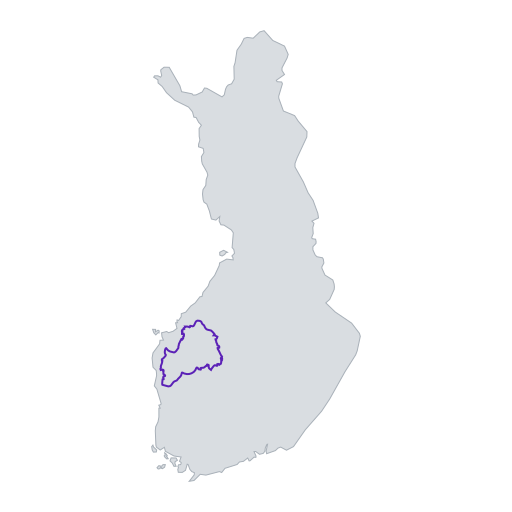 Southern Ostrobothnia on a map of Finland (orthographic projection)
{"feature_id": "FIN-3183", "entity_name": "Southern Ostrobothnia", "entity_type": "Province", "adm_level": 1, "iso_a3": "FIN", "parent_name": "Finland", "parent_adm1": "", "projection": "orthographic", "projection_center": [23.15, 62.738], "detail": "fine", "context": "in_parent", "style": "outline", "palette": "violet", "viewbox_px": 512, "rotation_deg": 0, "n_neighbors": 0, "source": "natural_earth", "source_scale": "10m", "svg_char_len": 7274}
<svg xmlns="http://www.w3.org/2000/svg" viewBox="0 0 512 512"><path d="M211.4,219.0L209.4,211.0L206.8,204.1L204.0,202.2L203.1,199.6L202.5,194.0L203.0,189.6L205.8,185.4L206.2,179.6L207.8,175.1L207.0,172.2L202.3,163.9L201.7,161.2L201.4,156.6L203.9,152.5L203.2,148.4L198.5,146.8L198.6,144.2L199.9,140.0L199.2,136.4L199.1,128.6L201.4,125.2L198.7,122.4L196.1,117.5L193.9,117.2L192.5,111.9L188.6,107.1L174.8,100.3L166.5,92.7L162.2,86.5L158.1,83.0L157.9,79.8L153.7,77.2L154.6,75.8L157.9,75.8L160.6,77.2L161.7,75.5L160.7,70.9L160.9,69.7L164.1,67.2L169.2,67.3L179.9,85.8L181.6,91.7L192.1,93.8L193.2,95.1L196.1,94.9L202.2,92.0L204.5,88.0L206.8,88.3L222.0,96.9L224.3,94.8L225.5,89.3L226.6,86.8L228.2,85.0L231.6,83.8L234.2,79.2L233.9,66.4L235.1,62.7L237.0,50.2L241.2,44.3L244.1,38.4L247.3,37.4L253.2,38.2L259.8,31.9L264.1,30.7L272.8,40.5L284.5,46.1L288.2,54.4L287.1,58.0L282.0,67.9L282.0,70.5L284.5,74.5L276.3,80.3L277.1,81.7L281.7,82.0L282.4,83.8L278.7,96.2L278.8,98.3L283.4,111.0L294.6,115.6L298.2,121.1L307.0,131.6L306.8,137.0L297.1,157.8L295.0,163.5L295.0,167.0L303.4,182.0L308.1,192.8L313.1,200.4L317.8,213.3L318.5,217.9L311.9,221.1L314.0,223.3L312.8,227.6L313.2,233.6L311.7,237.6L312.2,238.7L315.6,239.2L316.1,241.7L316.0,243.4L312.9,246.7L312.9,249.9L315.2,255.0L316.9,256.7L322.5,257.8L323.3,259.2L323.9,263.0L321.8,267.0L322.0,268.5L325.0,275.1L332.8,280.0L334.1,284.0L334.4,286.8L334.2,289.4L329.7,299.4L325.8,302.9L335.2,312.0L351.6,323.1L359.4,333.3L360.3,336.3L357.2,350.8L355.7,354.8L345.0,371.7L329.7,399.0L321.6,411.2L305.3,429.8L293.5,446.6L286.5,450.2L280.7,447.1L278.0,448.1L275.4,450.6L266.6,453.7L266.1,451.1L267.6,444.2L266.9,444.4L265.4,447.6L264.8,451.4L263.2,453.4L259.5,454.3L255.7,451.5L254.0,451.6L256.0,456.0L255.9,457.3L254.0,457.2L250.0,460.8L249.1,460.9L247.7,458.0L243.5,461.3L239.4,462.0L237.1,464.5L225.0,468.3L221.7,472.5L219.4,471.6L205.9,475.1L200.2,474.3L194.0,480.5L189.2,481.3L194.2,474.9L194.4,472.7L191.8,471.6L189.9,469.4L188.1,464.5L187.2,464.2L185.5,470.3L182.3,472.4L178.3,472.3L177.8,469.6L178.5,467.2L177.9,466.7L178.5,464.8L180.6,464.6L181.1,463.6L181.1,462.4L179.5,461.3L181.1,457.0L174.0,456.0L165.4,451.3L164.4,447.3L160.2,450.0L156.4,447.1L155.9,445.3L155.3,430.8L155.7,426.7L158.0,421.9L158.9,417.1L158.9,408.2L160.2,408.2L158.8,405.2L160.8,404.6L161.1,403.5L156.9,389.2L154.3,385.9L156.6,375.7L156.5,373.3L156.2,370.5L153.0,367.2L152.1,358.0L153.0,352.9L159.6,343.9L160.0,340.3L163.5,340.1L162.0,336.8L161.6,332.8L166.7,331.5L168.5,332.7L173.0,331.3L177.0,328.4L175.6,322.8L177.6,322.7L176.9,321.3L177.1,319.9L178.6,320.5L181.2,316.7L181.3,313.7L185.7,312.2L190.7,306.1L195.2,302.9L199.9,296.8L202.0,296.5L203.0,292.4L208.1,286.2L209.9,281.3L214.6,275.5L219.2,265.6L219.6,262.9L226.7,259.1L233.2,259.9L232.9,257.5L231.9,256.0L234.5,253.3L233.8,249.5L232.1,247.6L233.3,232.8L231.3,229.9L223.9,225.1L220.9,224.8L219.1,221.0L219.8,216.5L215.9,220.1L211.4,219.0ZM171.1,457.9L176.1,458.0L177.4,460.3L175.1,461.7L174.9,463.5L176.1,466.3L173.9,466.3L172.4,463.2L170.0,460.9L171.1,457.9ZM224.8,254.4L222.1,256.0L219.8,255.1L219.7,252.3L223.6,250.3L227.5,252.3L225.6,252.9L224.8,254.4ZM155.6,329.4L155.4,331.8L158.1,330.2L159.2,330.9L159.0,333.0L158.1,332.6L155.8,334.9L153.8,332.8L152.6,329.3L155.6,329.4ZM156.7,450.0L156.3,452.0L153.4,452.1L152.2,450.0L151.7,446.6L152.9,445.1L153.5,447.0L156.7,450.0ZM168.2,458.7L166.7,458.9L164.5,456.7L164.2,455.8L165.1,455.3L164.7,452.8L166.4,454.2L167.3,455.8L166.4,456.2L168.2,458.7ZM164.6,467.2L162.4,468.7L161.5,468.3L161.8,465.8L163.1,464.6L165.3,464.6L164.6,467.2ZM160.1,468.6L158.2,469.0L157.0,467.7L158.8,465.7L160.3,465.9L160.5,467.1L160.1,468.6Z" fill="#d9dde1" stroke="#a8b0b8" stroke-width="1"/><path d="M204.1,325.4L204.5,326.4L205.0,327.4L205.5,328.2L206.1,328.9L206.8,329.4L207.5,329.7L211.0,330.5L212.3,331.6L214.1,333.6L214.6,334.3L214.2,334.7L213.9,335.0L213.7,335.3L214.5,335.3L217.4,336.7L217.1,337.7L216.7,338.6L216.2,339.1L215.5,339.3L215.8,340.4L215.9,340.5L216.1,340.5L216.1,340.4L216.2,340.8L216.2,341.2L216.2,341.7L216.3,342.2L216.5,342.8L216.8,343.2L217.0,343.5L217.2,344.1L217.2,344.8L217.6,345.5L218.0,345.5L218.7,345.8L219.2,346.5L219.3,347.0L219.2,347.7L217.9,347.9L217.6,348.0L217.7,348.8L218.9,350.9L220.6,354.5L221.2,355.6L221.7,356.1L222.0,356.7L221.0,357.9L220.8,358.2L220.9,358.6L221.5,358.6L222.1,358.5L222.2,358.9L222.1,359.0L221.7,359.0L221.7,359.3L221.8,359.4L221.9,359.9L221.9,360.1L221.4,360.3L221.4,360.5L221.4,360.8L221.4,361.0L221.5,361.0L221.4,361.2L221.2,361.1L221.2,361.3L221.2,361.6L221.2,361.8L221.2,362.3L221.1,362.9L220.9,363.2L220.9,363.3L220.9,363.6L220.7,363.9L220.4,363.9L220.2,364.0L219.8,364.3L219.4,364.8L219.1,364.7L219.0,364.4L218.8,364.1L218.6,364.0L218.4,364.0L218.1,363.9L217.2,364.2L217.2,364.7L217.3,365.2L217.2,365.7L216.7,365.8L215.0,365.2L214.6,365.3L214.0,365.7L213.3,366.5L211.6,368.7L211.0,369.9L209.6,368.8L209.0,368.1L208.6,366.7L208.7,366.2L208.7,365.8L208.7,365.3L208.5,364.9L208.2,364.8L207.9,365.0L207.6,365.5L207.3,365.6L207.4,364.6L207.2,364.5L206.9,364.8L206.8,365.1L206.9,365.3L206.5,365.7L206.2,365.8L205.6,366.2L204.5,367.2L203.6,367.7L201.0,367.9L200.6,368.1L200.6,368.3L200.7,368.7L200.8,369.5L200.6,369.6L200.3,369.5L198.8,369.3L198.4,369.0L197.8,368.0L197.5,367.7L196.7,367.6L196.2,368.2L195.3,370.2L193.7,372.0L191.5,373.3L189.2,374.0L187.0,374.1L184.2,373.5L182.5,372.6L181.9,372.7L181.5,374.1L181.3,374.9L181.0,375.6L180.2,376.7L178.0,378.9L177.6,379.5L176.7,380.5L174.4,381.4L173.4,382.2L171.0,385.4L170.0,386.1L168.3,386.4L162.4,384.8L162.3,384.5L162.3,384.3L162.2,384.1L162.2,383.4L162.4,380.8L162.6,379.4L163.6,379.2L163.6,378.7L163.5,378.1L163.2,377.7L163.2,377.1L163.5,376.6L164.1,376.3L164.9,376.1L165.1,375.6L164.9,375.2L164.5,374.7L164.0,374.5L163.6,374.4L163.4,373.8L163.4,373.3L163.4,372.5L163.3,371.8L163.2,371.4L163.1,371.0L163.6,370.8L163.5,370.2L163.3,369.9L162.5,369.6L160.9,370.0L160.9,369.9L161.0,369.4L160.9,369.3L160.7,369.3L160.5,369.2L160.4,369.0L160.6,368.5L160.7,368.3L160.9,367.6L160.9,366.8L160.8,366.5L161.0,365.6L161.7,363.8L162.1,362.4L162.2,361.8L162.3,361.1L162.0,361.1L161.9,360.8L161.9,360.0L161.9,359.3L162.9,358.6L164.0,357.6L165.6,355.7L165.8,354.9L165.6,354.6L165.2,353.9L165.0,353.5L164.8,352.4L164.8,351.7L165.0,350.2L165.2,349.5L165.5,348.8L165.7,348.4L166.2,348.2L167.8,350.1L168.6,350.7L170.1,351.5L173.8,352.4L174.6,352.3L175.2,351.9L176.1,351.1L177.9,348.6L178.2,348.3L178.4,347.5L178.4,346.4L178.8,345.1L178.8,344.7L178.9,344.0L180.4,340.9L180.7,340.3L181.1,340.0L181.5,339.9L181.3,339.6L181.2,339.4L181.4,339.0L182.1,338.7L182.3,338.6L182.8,338.8L183.1,338.6L183.3,337.5L183.3,337.0L183.2,336.8L183.4,336.4L183.7,336.3L183.9,336.1L183.9,335.8L184.0,334.6L183.7,333.8L182.5,334.0L182.2,334.0L182.2,333.9L182.4,332.9L182.4,332.7L182.2,332.7L182.0,332.8L182.0,332.7L182.1,332.3L182.4,331.8L182.4,331.5L181.9,331.3L181.9,330.7L182.1,330.2L182.7,329.6L183.7,329.3L184.0,329.1L183.9,329.0L183.6,328.3L183.8,328.1L185.5,327.0L185.2,326.5L185.8,326.5L187.7,326.6L189.0,327.0L189.5,327.3L189.9,327.1L189.9,326.4L190.2,325.9L190.6,325.9L192.7,326.3L193.5,326.0L194.3,324.9L195.5,322.3L196.2,321.3L197.3,320.7L198.1,320.7L199.2,320.8L200.3,321.1L201.2,321.7L201.5,322.2L202.0,323.4L202.4,324.0L203.2,324.7L204.1,325.4Z" fill="none" stroke="#5b21b6" stroke-width="2"/></svg>